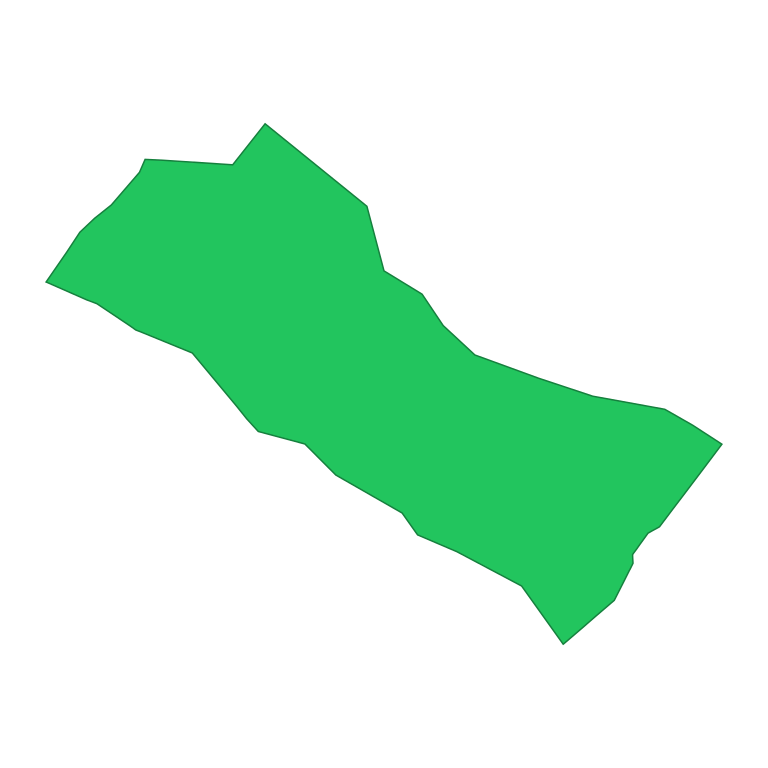 outline of Xo'vsgol, Dornogovi, Mongolia
{"feature_id": "93677404B21741172653366", "entity_name": "Xo'vsgol", "entity_type": "district", "adm_level": 2, "iso_a3": "MNG", "parent_name": "Mongolia", "parent_adm1": "Dornogovi", "projection": "albers", "projection_center": [110.095, 43.425], "detail": "fine", "context": "isolated", "style": "filled", "palette": "green", "viewbox_px": 768, "rotation_deg": 0, "n_neighbors": 0, "source": "geoboundaries", "source_scale": "gbopen_adm2", "svg_char_len": 881}
<svg xmlns="http://www.w3.org/2000/svg" viewBox="0 0 768 768"><path d="M46.1,282.0L86.8,299.9L96.9,303.7L130.5,326.2L135.8,330.0L140.3,331.7L192.3,353.0L236.7,406.3L246.7,418.8L258.3,431.5L304.9,444.0L335.9,475.1L402.1,513.0L417.6,534.9L456.9,551.7L521.6,586.0L563.2,644.2L563.5,644.0L580.1,629.8L596.1,615.9L614.3,600.3L623.7,581.8L629.4,570.4L630.1,569.2L633.0,563.3L633.0,563.1L632.7,557.9L632.6,554.6L633.6,553.1L636.6,549.1L639.9,544.4L640.2,544.0L648.0,533.2L651.0,531.5L651.3,531.3L659.5,526.8L672.6,509.4L682.2,496.8L694.7,480.3L704.3,467.6L720.1,446.6L720.5,446.1L721.9,444.2L692.8,425.3L664.8,409.3L592.7,396.2L538.5,378.2L474.9,355.0L443.2,325.6L422.1,294.2L384.0,270.9L372.7,228.2L366.9,206.3L265.1,123.8L232.7,164.8L161.9,160.2L145.1,159.4L139.5,172.3L111.3,205.0L94.7,218.2L79.9,232.2L66.7,252.2L46.1,282.0Z" fill="#22c55e" stroke="#15803d" stroke-width="1.5"/></svg>